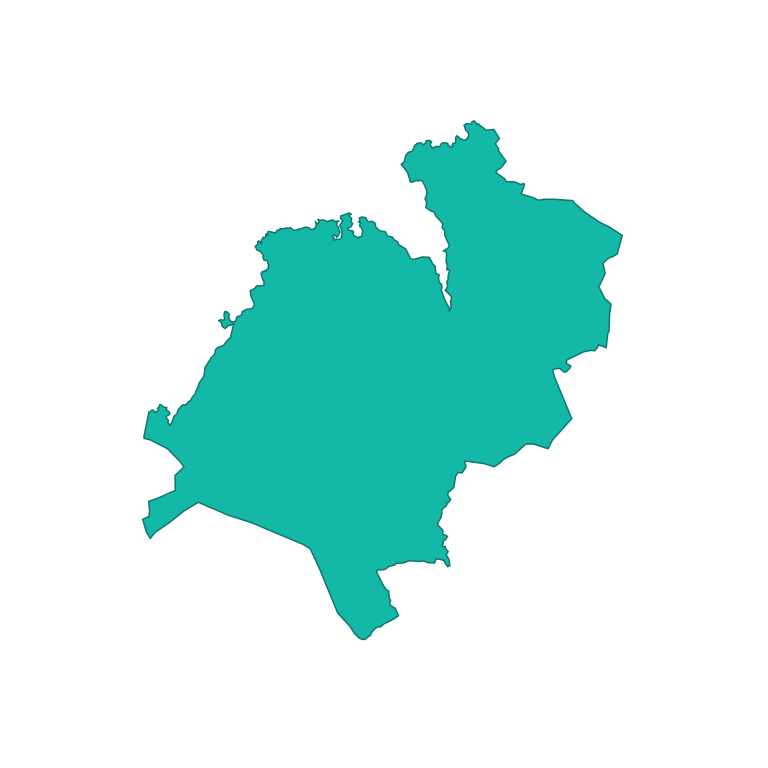 the district of Andzeļu pag., Dagdas, Latvia, rotated 232°
{"feature_id": "27541924B17639902411602", "entity_name": "Andzeļu pag.", "entity_type": "district", "adm_level": 2, "iso_a3": "LVA", "parent_name": "Latvia", "parent_adm1": "Dagdas", "projection": "albers", "projection_center": [27.55, 56.191], "detail": "fine", "context": "isolated", "style": "filled", "palette": "teal", "viewbox_px": 768, "rotation_deg": 232, "n_neighbors": 0, "source": "geoboundaries", "source_scale": "gbopen_adm2", "svg_char_len": 6171}
<svg xmlns="http://www.w3.org/2000/svg" viewBox="0 0 768 768"><g transform="rotate(232 384 384)"><path d="M211.8,313.7L214.1,317.0L212.1,319.6L207.7,322.8L205.8,321.9L200.8,321.7L200.2,324.0L205.5,327.1L211.1,327.8L212.4,331.3L216.7,331.2L218.3,332.3L219.7,330.2L220.8,330.2L221.7,332.5L223.6,333.4L223.6,337.3L224.9,340.2L227.6,339.1L228.8,337.6L232.8,340.3L240.2,339.6L242.0,342.2L243.4,346.0L246.0,349.6L249.2,352.0L249.7,354.4L249.6,357.4L250.4,359.5L251.5,360.1L250.8,362.1L252.1,365.4L257.4,365.9L259.8,368.8L258.9,369.9L259.6,375.5L267.0,383.3L268.8,387.6L265.8,390.9L267.8,396.7L268.5,397.9L272.2,399.2L273.4,400.5L259.5,414.0L251.0,419.9L250.4,425.9L250.9,432.5L250.5,435.8L248.3,444.1L249.4,458.8L244.6,464.9L232.0,473.5L236.2,482.5L241.1,510.6L285.8,523.0L291.2,525.6L290.9,527.5L288.2,532.1L282.8,533.1L281.5,534.7L282.0,540.2L283.2,542.2L288.1,540.4L290.4,542.9L286.5,561.0L282.8,568.3L280.6,570.2L280.8,572.3L281.6,573.8L281.2,574.0L282.7,577.3L275.8,581.5L285.9,591.3L287.1,593.9L300.0,604.6L307.2,612.1L315.2,610.6L328.8,613.2L329.2,615.1L334.9,626.3L344.4,630.9L344.9,638.7L343.5,642.6L342.9,647.9L354.4,663.2L369.3,658.1L379.0,653.4L395.6,648.1L410.1,645.4L412.3,645.7L424.9,631.7L431.0,623.9L433.8,618.8L438.2,616.7L449.4,609.1L454.4,617.3L455.9,617.6L457.2,614.3L462.4,611.8L468.4,604.9L471.6,605.4L481.6,602.4L482.7,604.5L482.8,607.1L482.1,608.4L484.3,617.3L497.0,617.8L499.0,619.2L504.8,619.5L506.4,626.1L517.0,627.3L520.9,620.8L528.7,618.9L530.5,617.7L530.6,618.4L531.4,617.4L535.9,617.0L536.4,614.7L535.2,612.4L538.4,609.4L538.7,606.5L533.9,604.7L529.6,605.1L527.4,603.4L526.1,600.1L526.7,597.0L530.1,595.5L530.6,594.6L532.4,595.0L534.9,593.9L534.1,592.3L530.6,589.6L530.2,587.7L531.2,586.4L530.2,584.7L528.9,584.7L528.7,584.0L529.5,582.4L533.0,581.6L534.4,582.4L537.1,580.0L538.2,577.5L536.7,574.0L539.4,571.0L539.5,567.8L542.8,567.3L544.4,568.2L545.6,570.6L548.1,569.7L549.7,567.0L548.3,565.3L548.2,562.2L551.3,561.5L553.1,558.8L553.1,555.4L550.0,549.7L551.6,545.7L550.8,542.0L546.5,536.7L546.7,533.4L546.4,532.8L536.1,532.8L526.9,529.2L525.8,530.5L524.1,535.3L522.7,536.1L522.8,537.3L521.0,538.9L519.3,539.1L510.2,536.9L506.8,534.2L504.6,530.3L501.0,529.6L497.3,525.6L491.6,527.4L489.0,529.2L484.0,528.3L474.9,529.1L473.3,528.3L471.3,526.0L467.5,526.3L463.9,523.5L452.9,520.7L451.8,518.8L452.2,512.9L450.3,514.1L448.7,514.0L442.4,508.5L438.6,506.9L435.4,503.9L435.3,505.1L433.1,505.6L429.7,501.0L426.8,498.8L426.0,496.4L422.2,494.5L420.7,492.3L420.2,490.0L411.4,490.8L409.4,489.3L408.2,487.3L402.9,484.0L402.5,483.2L403.1,482.2L401.2,481.2L401.9,480.3L402.9,481.8L404.6,482.5L411.0,483.2L423.0,487.0L424.6,489.4L427.4,490.7L430.2,490.1L434.2,492.4L436.0,494.7L439.0,492.9L445.3,496.8L448.6,496.3L455.9,497.7L460.7,492.2L463.3,485.2L465.8,482.1L477.1,484.2L484.9,481.3L487.7,482.3L491.2,480.8L494.7,481.0L498.6,477.7L502.8,478.9L507.5,474.9L512.8,474.2L516.4,476.0L519.9,474.6L520.9,472.0L522.2,471.3L526.5,472.0L529.2,469.3L530.1,466.9L527.6,465.7L527.2,463.7L525.3,465.0L524.6,463.0L523.1,462.0L521.3,462.5L517.8,461.5L514.3,457.5L514.4,456.0L515.3,454.7L515.2,453.6L519.1,451.7L521.7,452.1L522.6,453.7L524.0,453.6L526.8,451.1L528.8,451.0L529.3,451.7L528.4,453.5L528.4,454.7L529.5,458.0L532.4,457.8L533.7,459.9L535.1,460.4L538.2,459.8L538.7,460.4L537.9,462.1L538.1,462.7L540.3,461.7L543.0,453.4L541.2,451.6L538.1,452.2L536.1,446.7L531.6,445.6L530.4,444.3L528.8,444.0L526.4,441.1L525.4,441.2L525.3,438.0L527.6,435.0L527.6,433.4L528.8,432.8L529.4,434.3L532.7,434.8L532.3,436.0L530.4,437.5L528.6,437.2L529.0,439.2L530.6,442.4L535.6,444.5L538.1,444.3L540.4,446.3L540.2,448.4L541.1,448.0L541.8,445.7L544.9,444.7L547.2,439.0L550.5,437.5L552.3,434.4L554.7,433.0L552.3,433.2L551.1,431.3L551.3,430.0L553.6,429.8L551.4,428.8L549.6,426.5L549.3,424.7L550.3,421.9L553.2,421.1L555.6,419.2L560.1,407.9L565.1,406.2L565.8,404.5L567.5,402.8L567.5,401.2L570.3,397.8L569.7,396.5L571.0,394.8L569.9,391.5L575.5,386.8L574.2,385.3L574.7,384.6L574.4,384.0L572.9,384.2L573.0,383.0L574.2,382.8L573.2,381.9L572.8,380.3L574.1,378.9L572.8,377.9L573.0,376.0L569.4,373.4L572.7,373.9L573.9,373.3L573.9,372.1L571.9,370.6L571.7,367.2L567.7,366.5L564.4,368.2L559.7,368.1L558.4,366.6L555.4,365.7L552.9,368.1L550.3,366.6L548.9,366.9L548.1,365.2L546.1,364.0L546.5,362.0L545.5,360.8L546.7,359.8L546.5,358.3L547.6,357.5L546.8,356.4L546.8,355.1L540.4,352.6L539.1,352.8L535.8,350.3L536.7,348.1L539.5,344.4L539.6,343.0L538.9,341.5L539.8,335.9L535.0,333.2L526.8,331.0L524.7,327.7L525.2,325.4L527.5,321.5L527.9,318.7L527.5,318.0L528.4,317.3L526.2,314.5L526.5,312.1L527.6,309.6L525.2,306.2L525.0,304.6L526.4,302.5L529.2,301.7L533.1,303.2L533.5,304.5L534.4,305.1L538.1,304.5L538.9,303.0L537.0,300.4L532.7,298.0L533.6,296.3L535.4,294.7L535.6,292.8L532.5,293.7L529.1,292.0L525.6,292.9L525.8,297.4L524.5,299.7L524.2,303.0L516.2,292.8L515.7,292.9L515.1,291.7L515.1,288.9L513.2,281.0L514.9,276.3L514.9,272.5L511.8,269.1L511.0,263.9L507.2,253.2L501.0,246.9L498.7,239.3L495.2,234.1L494.0,230.9L492.5,229.3L491.6,224.5L490.4,222.3L490.1,219.1L490.4,218.1L489.5,216.0L490.1,214.1L491.2,213.2L491.4,211.5L490.3,205.5L487.9,202.5L487.8,198.5L484.5,193.5L483.2,190.0L486.5,189.9L488.2,191.7L492.1,191.8L492.6,192.7L492.0,195.8L492.5,197.1L494.5,197.5L497.5,196.5L499.2,198.3L502.0,195.8L504.9,195.6L505.7,194.7L504.5,192.7L504.3,190.6L502.2,190.2L502.0,188.2L503.3,185.4L505.1,186.2L506.3,185.2L506.1,181.5L506.5,181.4L490.6,162.7L488.9,161.5L484.1,165.3L466.3,173.6L448.5,175.5L441.8,175.3L440.6,163.0L428.7,154.1L433.0,136.5L436.3,126.4L428.0,120.9L424.4,117.1L425.9,110.5L413.5,105.6L406.3,104.8L408.0,112.4L406.9,130.0L407.1,148.4L405.1,164.8L376.0,180.8L356.3,194.2L306.3,222.1L299.3,224.4L277.2,219.2L232.0,206.5L214.3,208.0L206.0,207.2L199.5,207.9L196.3,209.4L194.4,211.9L194.6,217.3L194.1,217.8L196.1,222.1L196.8,227.2L196.1,230.3L194.8,231.5L195.0,235.9L192.8,247.2L192.5,252.8L200.4,254.8L205.6,252.7L208.3,253.9L209.5,256.1L211.6,256.1L218.1,260.3L219.7,259.3L226.0,259.5L241.2,262.6L241.1,265.2L238.4,268.6L237.2,271.4L237.2,275.7L234.8,280.8L235.2,282.8L231.1,289.1L229.3,295.0L222.1,302.9L220.6,306.0L215.9,308.9L211.8,313.7Z" fill="#14b8a6" stroke="#0f766e" stroke-width="1.5"/></g></svg>